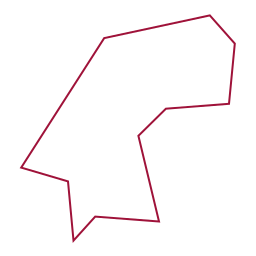 the district of Norton, Virginia, United States of America
{"feature_id": "52423323B88769302498255", "entity_name": "Norton", "entity_type": "district", "adm_level": 2, "iso_a3": "USA", "parent_name": "United States of America", "parent_adm1": "Virginia", "projection": "equal_earth", "projection_center": [-82.626, 36.929], "detail": "fine", "context": "isolated", "style": "outline", "palette": "rose", "viewbox_px": 256, "rotation_deg": 0, "n_neighbors": 0, "source": "geoboundaries", "source_scale": "gbopen_adm2", "svg_char_len": 263}
<svg xmlns="http://www.w3.org/2000/svg" viewBox="0 0 256 256"><path d="M21.2,167.6L68.0,181.4L73.5,240.6L95.2,216.6L159.0,221.5L138.4,135.8L165.9,108.7L229.0,103.8L234.8,43.6L209.8,15.4L104.2,38.1L21.2,167.6Z" fill="none" stroke="#9f1239" stroke-width="2"/></svg>